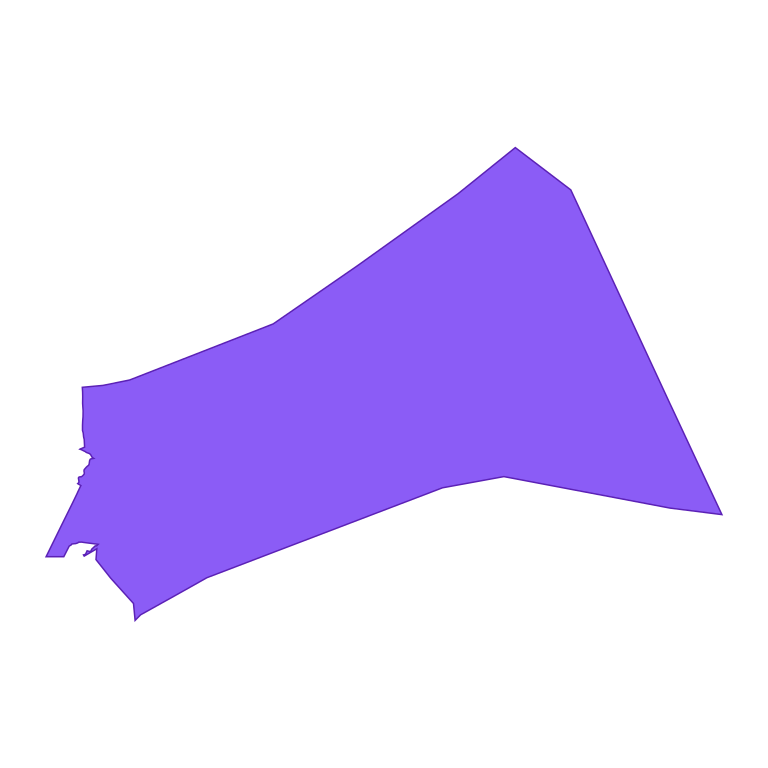 San Agustín Etla, Oaxaca, Mexico
{"feature_id": "50627088B72104671930177", "entity_name": "San Agustín Etla", "entity_type": "district", "adm_level": 2, "iso_a3": "MEX", "parent_name": "Mexico", "parent_adm1": "Oaxaca", "projection": "albers", "projection_center": [-96.764, 17.204], "detail": "fine", "context": "isolated", "style": "filled", "palette": "violet", "viewbox_px": 768, "rotation_deg": 0, "n_neighbors": 0, "source": "geoboundaries", "source_scale": "gbopen_adm2", "svg_char_len": 1539}
<svg xmlns="http://www.w3.org/2000/svg" viewBox="0 0 768 768"><path d="M457.8,193.9L357.9,265.4L273.2,323.9L129.6,380.0L103.0,385.4L82.3,387.3L82.6,391.9L82.7,396.8L82.6,403.3L83.1,410.9L83.0,417.0L82.7,420.7L82.5,425.2L82.5,430.5L83.2,432.9L83.6,436.9L84.2,439.4L84.6,447.2L84.0,447.4L81.5,448.5L80.7,448.8L80.3,448.9L79.9,449.2L81.2,449.6L83.4,450.7L84.6,451.3L85.2,451.5L85.7,452.0L86.5,452.5L88.7,453.3L89.0,453.4L89.4,453.6L89.8,453.9L90.3,454.3L90.9,455.1L91.5,456.2L91.8,456.8L92.1,457.2L92.4,457.5L93.0,458.0L93.6,458.4L92.9,458.5L91.3,458.8L90.9,458.9L90.4,459.1L90.1,459.5L89.9,459.9L89.6,460.6L89.1,464.2L88.8,464.9L88.6,465.2L88.3,465.5L87.4,466.2L86.4,467.1L84.4,469.4L84.1,469.9L84.0,470.8L84.0,471.3L84.3,472.8L84.2,473.8L84.0,474.3L83.5,474.9L82.8,475.6L82.2,476.2L81.4,476.7L80.6,476.8L79.6,476.9L79.0,477.1L78.7,477.4L78.5,477.7L78.4,478.1L78.7,480.0L78.8,480.6L78.9,481.2L78.9,481.9L78.7,482.7L77.7,483.6L78.1,483.9L79.5,484.7L80.9,485.6L80.5,486.3L79.3,488.8L78.7,490.1L77.6,492.3L77.6,492.5L71.7,504.7L62.4,523.5L46.1,556.7L63.8,556.7L69.2,546.1L71.1,545.0L71.9,544.0L73.4,543.8L75.7,543.6L77.8,542.9L78.6,542.2L81.8,542.1L83.4,542.4L98.2,544.3L96.7,545.8L95.2,545.9L91.7,549.2L90.7,551.3L89.4,551.4L87.1,550.8L85.5,554.3L83.5,554.9L84.2,556.1L96.8,548.8L96.0,559.6L110.8,578.3L133.5,603.5L135.1,620.4L140.6,614.8L180.8,592.4L206.9,577.7L442.5,487.8L503.9,476.6L670.1,508.1L721.9,514.6L700.0,467.9L671.3,406.5L670.1,404.0L570.8,189.9L515.3,147.6L457.8,193.9Z" fill="#8b5cf6" stroke="#5b21b6" stroke-width="1.5"/></svg>